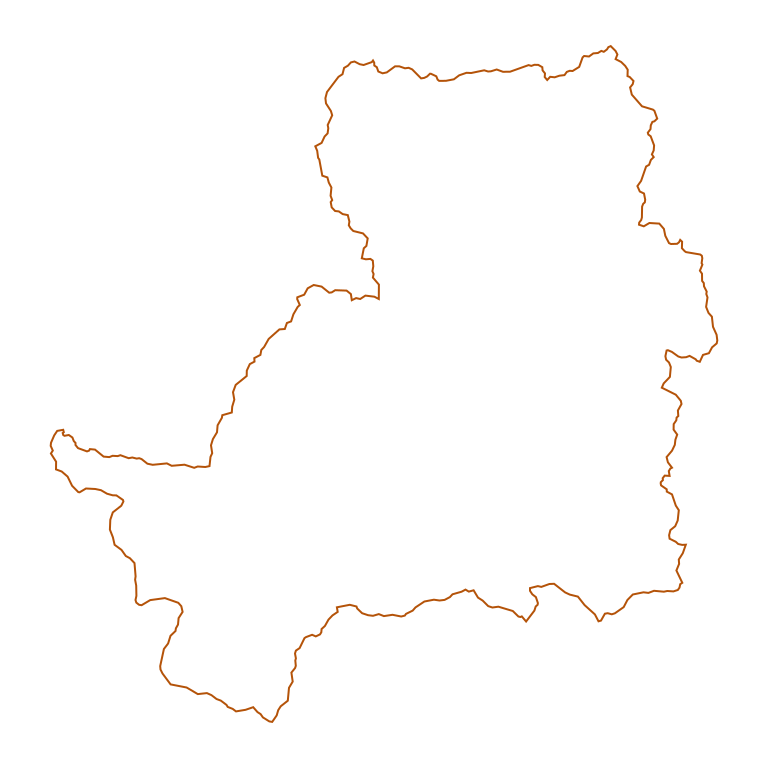 Recuay, Áncash, Peru (Albers equal-area conic projection)
{"feature_id": "86281439B88732567790180", "entity_name": "Recuay", "entity_type": "district", "adm_level": 2, "iso_a3": "PER", "parent_name": "Peru", "parent_adm1": "Áncash", "projection": "albers", "projection_center": [-77.446, -9.949], "detail": "fine", "context": "isolated", "style": "outline", "palette": "amber", "viewbox_px": 768, "rotation_deg": 0, "n_neighbors": 0, "source": "geoboundaries", "source_scale": "gbopen_adm2", "svg_char_len": 5992}
<svg xmlns="http://www.w3.org/2000/svg" viewBox="0 0 768 768"><path d="M297.3,297.3L297.2,299.1L299.8,305.0L297.7,306.9L293.4,314.3L291.1,321.4L286.9,323.0L284.8,329.0L279.4,329.4L268.7,338.9L264.1,347.0L261.3,350.0L260.4,354.9L254.3,358.1L254.5,361.6L249.8,364.1L246.8,370.6L246.7,376.0L235.7,384.9L233.0,392.2L234.3,399.7L232.2,406.7L231.8,412.5L222.3,415.2L221.9,417.8L217.6,425.3L217.0,432.3L212.9,439.1L211.0,445.3L212.2,453.2L210.5,456.9L209.5,466.1L205.3,467.0L197.7,466.5L194.2,467.8L184.5,464.7L171.7,465.8L166.9,463.4L152.7,464.8L147.4,463.7L141.6,459.1L139.2,458.2L136.7,458.6L132.3,457.5L128.7,458.2L120.4,455.2L117.7,456.1L112.6,455.8L109.3,457.1L103.6,456.6L95.0,449.6L89.9,449.1L89.1,450.6L87.0,451.4L78.0,448.1L75.5,445.0L75.5,442.9L73.8,441.1L72.4,437.5L68.8,435.0L64.5,435.8L63.3,435.1L62.7,433.0L63.8,432.2L63.2,429.8L57.2,430.9L54.2,435.4L51.0,442.8L50.7,445.9L52.8,450.6L50.9,453.5L56.1,461.7L56.0,469.4L61.7,471.5L67.6,476.6L72.1,485.8L78.3,492.1L79.6,492.3L86.0,488.5L95.3,489.0L101.0,490.2L107.0,493.7L112.7,495.3L116.4,495.4L123.0,500.0L123.4,501.5L121.3,505.7L112.8,512.4L110.3,519.8L109.9,529.6L112.9,537.3L114.6,544.8L121.5,549.9L125.8,556.0L129.9,558.2L134.5,563.1L135.6,576.4L135.1,579.7L136.2,585.6L136.4,595.9L135.5,600.0L136.3,602.6L139.1,604.8L141.6,605.2L150.2,600.1L164.9,598.1L178.3,602.8L181.3,606.2L182.6,611.9L178.6,618.1L178.0,624.6L175.9,628.3L175.5,631.0L170.5,635.8L168.1,643.5L163.9,649.0L160.2,666.1L160.5,669.5L162.5,673.5L170.6,684.4L186.6,687.5L197.8,694.1L206.9,693.1L211.4,695.1L216.5,699.0L220.8,700.6L226.5,704.9L227.7,706.9L232.7,708.9L236.0,711.4L245.6,709.8L253.2,707.2L257.5,712.1L260.6,714.1L262.9,717.4L269.3,721.4L272.2,721.9L276.7,715.4L278.2,710.2L280.7,706.3L287.8,700.7L289.0,687.8L292.7,681.6L291.4,672.6L295.1,668.0L295.8,665.8L295.3,660.5L295.9,658.4L295.0,653.5L295.9,650.6L299.6,648.1L304.5,638.1L306.0,637.1L312.1,634.8L315.8,636.4L320.0,634.4L321.3,632.3L321.6,629.0L324.9,626.0L328.5,619.6L332.5,615.4L337.7,611.9L336.9,607.3L349.8,604.8L356.5,606.5L357.2,608.5L362.1,613.2L368.1,615.2L373.0,615.8L378.8,614.1L383.9,616.1L392.5,614.8L401.2,616.5L404.8,615.6L406.0,613.9L412.7,610.6L415.5,607.4L424.4,601.5L433.9,599.7L439.5,600.5L444.6,599.9L449.9,597.1L452.5,594.3L461.6,591.7L465.5,589.6L468.8,591.6L473.6,590.3L478.0,597.6L482.7,600.6L488.2,606.1L492.4,607.5L498.4,606.7L512.8,611.0L518.4,616.5L520.4,617.0L521.8,616.4L526.1,621.5L534.4,610.6L535.7,606.5L537.6,604.8L537.9,603.1L535.9,597.1L532.3,594.3L530.0,590.8L530.0,588.1L537.9,586.1L541.3,586.9L549.4,584.0L554.1,583.8L565.1,592.4L569.8,594.6L577.9,596.6L584.6,605.1L594.9,614.4L598.5,621.3L601.0,620.6L604.9,613.7L607.7,613.2L611.8,614.3L614.9,613.3L623.7,607.1L627.4,600.0L632.8,594.5L643.5,592.3L648.4,592.9L654.0,590.8L663.9,591.7L667.2,591.0L673.4,591.4L677.8,590.0L679.5,587.6L680.2,584.2L682.3,582.8L676.4,570.5L679.1,563.9L678.8,559.5L682.8,553.2L685.8,544.7L682.2,544.9L678.2,544.0L675.8,541.8L669.6,538.7L669.1,535.2L670.4,530.1L675.2,526.2L677.7,520.5L678.8,510.2L675.8,505.6L672.0,494.4L666.8,491.6L666.7,489.3L661.1,485.4L660.7,483.6L660.8,482.2L662.9,480.1L662.7,478.2L664.7,475.6L669.6,475.9L668.8,471.1L670.3,468.6L672.0,467.7L667.9,462.3L666.6,457.1L672.0,450.7L674.8,444.9L675.4,439.7L677.2,434.6L673.6,429.6L673.7,424.1L676.3,420.3L676.6,417.6L678.3,416.0L677.9,410.5L681.5,404.0L680.8,400.8L675.8,394.7L661.8,387.7L663.7,383.4L669.9,376.9L670.8,367.0L669.0,362.5L666.1,359.7L665.4,356.2L666.6,350.5L667.9,350.2L671.9,351.9L678.3,356.5L681.5,357.5L686.1,357.2L689.6,355.9L695.7,359.3L696.7,360.7L699.8,361.8L703.0,354.9L708.9,353.2L712.1,347.3L716.7,343.4L717.3,340.5L716.6,334.8L713.0,326.8L711.9,316.7L708.5,312.9L706.1,306.9L707.5,297.4L706.3,294.0L706.7,291.6L704.0,286.3L703.8,283.1L702.1,280.9L702.0,273.7L699.9,270.7L702.4,264.6L701.6,263.2L702.3,258.2L701.8,255.7L700.2,254.5L686.0,252.1L684.7,251.2L681.9,248.2L682.1,241.7L680.2,239.9L679.0,242.3L677.1,243.8L671.0,244.0L669.0,243.1L665.3,235.8L663.9,228.9L659.3,223.6L649.4,223.0L643.8,226.3L639.0,224.7L639.2,222.6L641.2,220.0L641.9,217.5L642.1,206.6L643.2,203.8L644.8,202.4L645.2,199.7L644.0,193.5L639.8,191.5L637.4,186.1L641.1,180.9L646.1,166.5L649.1,164.8L650.9,159.9L653.7,157.1L651.9,154.4L653.7,150.4L654.1,145.4L650.7,136.3L648.3,134.5L647.8,132.7L650.5,129.1L650.8,125.3L652.4,121.9L654.4,121.3L657.2,118.6L654.4,110.8L652.9,109.6L642.0,106.3L631.8,94.6L630.1,87.4L632.7,84.2L633.5,81.0L629.7,77.0L627.5,76.1L627.7,69.7L625.2,65.9L621.2,62.0L615.6,59.1L617.4,54.5L615.6,51.0L610.7,46.1L608.4,47.1L607.0,49.4L603.8,51.8L601.3,50.9L597.9,53.0L593.3,53.4L589.0,56.5L584.1,56.0L582.6,57.4L579.2,66.9L572.6,71.0L569.7,70.8L566.8,71.9L564.5,75.1L559.4,75.7L554.7,77.3L550.2,76.8L547.2,80.0L544.7,77.0L545.0,73.4L542.6,70.4L542.3,67.2L538.3,64.9L534.4,64.8L531.3,65.9L528.6,65.1L510.1,71.7L503.0,71.8L496.7,69.5L490.9,71.3L488.1,71.5L484.2,70.3L471.2,73.0L466.5,72.8L459.2,75.3L453.9,79.3L446.0,80.8L439.2,80.9L437.6,79.6L436.3,76.3L431.0,73.8L430.0,73.7L427.1,76.5L424.2,77.9L421.1,78.4L412.2,69.4L408.6,67.8L405.0,68.3L399.2,66.3L395.1,66.3L386.8,72.4L382.6,73.3L378.3,71.5L376.8,67.2L374.3,65.5L374.2,62.6L373.0,60.5L371.8,62.1L363.6,65.0L359.7,64.2L354.5,61.5L350.9,62.4L347.9,65.7L344.1,67.9L342.5,74.2L338.5,76.8L327.0,92.0L325.4,98.2L326.0,103.4L330.9,111.0L332.2,115.3L327.7,125.0L328.3,128.2L327.6,133.4L324.6,136.5L321.6,142.9L315.3,146.3L317.2,150.8L318.1,157.8L319.3,159.5L322.3,175.7L327.4,177.4L328.8,182.6L331.4,187.5L330.6,195.8L332.2,200.1L330.7,202.1L331.7,207.4L335.1,211.0L338.8,211.4L342.7,214.1L347.8,215.1L349.4,221.6L348.8,225.3L350.7,228.4L353.3,231.0L363.0,233.4L367.7,238.4L366.4,245.9L363.8,248.3L361.8,258.3L365.9,259.3L370.4,258.9L372.8,260.6L373.3,266.3L372.4,271.2L373.6,274.0L372.9,277.6L378.9,284.6L378.8,299.0L374.4,296.7L365.4,295.6L360.2,299.0L356.1,298.1L351.8,300.2L350.9,294.1L346.6,290.6L335.2,290.2L331.7,292.4L329.2,292.7L321.6,286.6L313.7,285.0L307.7,288.3L304.2,294.7L297.3,297.3Z" fill="none" stroke="#b45309" stroke-width="2"/></svg>